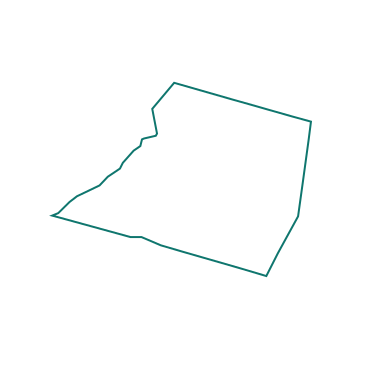 outline of Berks, Pennsylvania, United States of America, rotated 336°
{"feature_id": "52423323B66852864614856", "entity_name": "Berks", "entity_type": "district", "adm_level": 2, "iso_a3": "USA", "parent_name": "United States of America", "parent_adm1": "Pennsylvania", "projection": "equal_earth", "projection_center": [-75.986, 40.407], "detail": "fine", "context": "isolated", "style": "outline", "palette": "teal", "viewbox_px": 384, "rotation_deg": 336, "n_neighbors": 0, "source": "geoboundaries", "source_scale": "gbopen_adm2", "svg_char_len": 567}
<svg xmlns="http://www.w3.org/2000/svg" viewBox="0 0 384 384"><g transform="rotate(336 192 192)"><path d="M220.1,85.0L189.5,99.9L183.8,124.4L181.8,125.9L169.9,123.6L167.7,123.6L163.5,129.0L155.5,130.5L140.7,137.2L135.7,141.3L121.3,143.8L110.2,148.4L85.2,149.1L76.1,151.3L61.2,156.9L54.7,156.7L117.4,208.1L127.5,212.6L141.8,228.0L159.7,243.2L174.1,255.3L205.0,281.3L225.7,299.0L245.5,282.9L279.0,257.4L296.5,229.3L317.4,195.6L320.3,190.9L329.3,176.1L314.3,163.8L295.5,148.1L285.5,139.7L266.0,123.5L220.1,85.0Z" fill="none" stroke="#0f766e" stroke-width="2"/></g></svg>